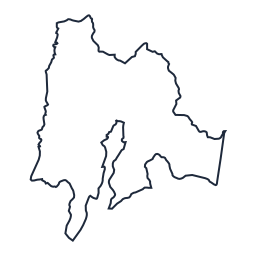 the border of Cundinamarca
{"feature_id": "COL-1398", "entity_name": "Cundinamarca", "entity_type": "Department", "adm_level": 1, "iso_a3": "COL", "parent_name": "Colombia", "parent_adm1": "", "projection": "orthographic", "projection_center": [-74.139, 4.765], "detail": "fine", "context": "isolated", "style": "outline", "palette": "slate", "viewbox_px": 256, "rotation_deg": 0, "n_neighbors": 0, "source": "natural_earth", "source_scale": "10m", "svg_char_len": 5364}
<svg xmlns="http://www.w3.org/2000/svg" viewBox="0 0 256 256"><path d="M72.8,240.6L68.9,237.8L65.4,233.4L66.7,225.6L69.5,220.5L70.5,217.9L70.9,215.9L70.9,214.6L68.8,210.9L70.0,206.8L69.3,205.0L69.5,203.7L70.0,202.4L70.6,201.0L72.1,199.6L72.6,199.1L74.0,197.5L74.2,195.1L73.6,192.4L73.4,191.2L72.7,189.6L72.0,188.6L69.6,183.5L67.7,182.0L66.9,181.2L66.3,180.6L65.3,180.1L64.6,180.1L63.5,180.3L60.7,181.4L59.8,181.9L59.2,182.6L58.7,184.2L58.3,184.8L57.8,185.3L56.9,186.4L56.3,186.8L55.8,187.0L55.2,186.6L54.5,186.5L53.4,186.7L52.2,186.5L51.0,186.0L47.6,182.9L45.8,183.5L45.1,181.9L44.7,181.6L42.2,180.3L42.1,179.1L39.5,179.5L37.2,179.7L34.1,180.5L31.9,180.6L30.7,179.5L31.2,176.3L38.7,159.7L39.8,155.6L39.9,151.4L38.5,146.8L40.0,146.4L39.8,145.8L38.5,144.7L39.2,143.3L41.0,141.2L41.4,140.0L41.1,139.2L40.5,138.9L39.8,138.7L39.2,138.1L39.1,137.3L39.2,136.7L39.3,136.3L39.3,136.0L37.8,133.7L37.5,132.5L38.2,131.2L39.3,130.5L40.7,130.1L41.8,129.5L42.2,128.3L42.5,127.2L43.9,125.7L44.4,124.3L43.6,119.2L43.5,117.6L43.8,116.2L44.5,115.2L45.8,114.8L45.3,113.9L45.4,113.1L45.7,112.3L45.8,111.2L44.5,107.6L44.4,106.8L45.1,106.3L47.4,105.2L48.0,104.6L47.7,103.9L46.2,101.4L45.8,100.3L45.9,98.1L47.3,91.6L46.6,74.4L45.9,72.2L45.7,71.0L46.2,70.4L46.8,70.1L48.4,68.5L48.8,68.0L49.2,65.9L51.2,62.3L52.0,59.5L52.8,58.8L53.5,58.3L53.9,57.7L53.4,55.4L53.7,54.7L55.3,54.4L54.7,52.8L54.4,50.8L54.6,48.8L55.3,47.2L53.9,46.8L53.2,45.8L53.5,44.7L54.9,44.3L56.7,44.0L57.4,43.3L56.9,42.6L55.3,42.1L57.1,37.5L57.7,34.7L57.1,33.4L56.2,33.0L56.4,32.1L57.1,31.0L57.7,29.6L58.1,29.0L58.3,28.5L57.5,28.1L57.2,27.7L56.9,27.2L56.8,26.8L56.8,23.2L58.5,22.4L64.2,21.4L66.7,20.3L68.0,19.3L68.7,19.2L70.5,19.5L72.1,20.2L73.6,20.6L78.5,21.6L81.1,20.9L82.1,20.1L83.6,19.1L86.8,16.4L88.3,15.4L89.2,15.4L89.9,16.1L90.2,16.8L90.4,17.3L90.6,17.8L90.9,18.2L91.3,18.5L91.8,18.6L92.0,18.9L92.1,19.3L91.9,19.9L91.9,20.9L92.1,21.9L92.9,23.0L93.1,23.8L93.2,25.1L93.1,27.0L93.6,28.6L94.4,29.7L94.6,30.7L94.3,32.0L93.3,33.2L92.0,35.6L91.8,36.9L91.9,37.9L93.4,40.9L97.9,45.3L98.7,47.4L98.7,48.1L98.5,50.1L98.6,51.0L99.3,51.7L100.6,51.6L103.0,51.7L106.4,53.6L108.3,54.6L109.5,55.0L114.7,54.7L114.6,56.9L115.7,58.5L116.8,59.5L118.5,60.4L120.1,60.6L125.0,63.3L131.9,57.0L134.9,56.2L135.7,53.9L135.7,51.9L141.6,45.9L143.9,43.8L144.9,43.4L145.9,43.2L146.4,43.2L147.1,43.8L147.1,49.2L152.6,51.8L154.8,51.3L157.2,53.6L158.9,54.2L160.2,54.2L161.0,54.0L161.6,54.1L161.8,55.1L162.9,57.3L167.3,61.3L168.3,62.0L168.4,63.0L169.1,64.0L168.5,65.3L168.0,66.9L168.0,68.0L168.4,69.5L168.9,70.7L171.7,72.9L173.5,74.4L174.0,75.0L175.6,77.9L175.3,80.7L176.0,83.5L178.7,88.0L179.0,89.2L178.5,90.8L178.8,93.0L180.5,96.1L180.2,97.5L176.1,100.5L176.4,104.0L173.2,110.2L173.2,111.6L175.5,114.9L184.2,115.1L187.3,116.0L188.2,116.7L189.8,119.2L191.4,121.0L192.2,122.2L191.7,123.8L191.9,124.5L196.0,126.0L198.1,129.7L198.7,130.8L199.5,131.7L200.8,131.9L202.7,131.3L203.7,131.2L204.7,131.3L205.7,131.6L206.7,132.4L207.1,135.4L207.8,137.2L210.2,137.3L214.5,139.0L218.9,138.7L220.3,137.9L221.1,137.1L221.4,136.3L222.7,134.1L223.0,133.5L223.0,132.9L222.9,132.4L223.1,131.8L223.7,131.2L225.3,131.1L224.2,133.0L220.7,158.2L217.2,181.2L216.9,183.7L216.4,184.8L215.7,185.1L214.0,184.4L211.3,182.5L210.0,181.8L209.5,181.4L208.9,180.1L207.6,179.1L205.2,178.2L192.2,175.0L185.6,175.7L182.8,177.9L181.1,178.6L179.4,178.9L177.9,178.6L176.7,178.0L175.1,177.4L173.9,176.7L173.0,175.9L172.5,175.2L172.4,173.9L170.1,168.8L169.5,165.9L169.4,164.5L169.0,163.5L167.5,161.5L166.2,160.1L165.0,157.9L164.1,157.4L163.1,157.2L161.6,157.2L160.5,156.3L160.1,155.6L159.3,154.8L158.2,154.2L157.1,153.9L155.8,154.2L154.8,155.2L153.2,157.6L152.6,159.0L150.2,160.3L147.6,161.5L146.9,162.0L145.8,163.5L145.1,164.5L144.9,166.8L146.3,168.2L147.6,174.0L147.3,175.9L147.4,177.0L147.6,178.1L149.2,179.8L150.1,181.5L150.1,183.0L150.3,184.2L151.3,187.8L148.3,187.8L147.1,187.6L144.7,187.6L143.7,188.3L142.8,189.2L135.6,192.4L133.6,192.8L131.3,194.1L130.3,196.2L129.3,197.4L127.5,197.9L126.0,198.0L124.5,198.3L122.7,199.2L121.0,201.1L117.1,203.6L112.0,208.7L108.7,208.5L110.7,203.2L111.0,199.9L111.4,199.0L112.1,198.3L113.2,197.6L114.1,196.7L115.0,195.2L115.1,194.2L114.1,191.9L112.9,190.0L110.3,187.0L108.9,182.8L108.9,181.2L109.3,179.8L113.7,172.9L114.2,169.7L113.8,168.9L112.8,166.3L112.8,163.6L113.2,162.2L113.8,161.1L115.7,159.7L117.0,157.4L118.2,155.6L121.4,150.5L122.0,149.9L123.6,149.1L125.6,142.1L123.6,142.3L122.0,141.0L121.8,140.2L121.9,139.4L122.3,138.8L123.4,138.0L123.6,136.9L123.4,135.9L123.1,127.3L123.3,125.3L123.9,122.7L120.9,121.4L119.0,121.1L118.0,121.2L116.5,120.5L116.1,120.8L116.3,121.3L116.5,121.7L116.4,122.9L116.1,123.6L115.5,124.5L114.1,125.2L113.3,126.0L111.2,131.1L110.9,131.7L109.1,132.1L108.5,133.7L106.6,135.0L106.7,135.9L106.7,136.3L106.6,136.7L106.8,136.8L107.2,136.7L107.7,136.7L108.0,137.0L108.0,137.5L107.5,138.4L106.9,139.0L104.1,140.3L101.3,142.5L102.6,144.9L103.2,145.5L103.8,145.8L104.5,146.4L105.1,147.5L106.3,151.9L106.1,156.1L102.2,166.9L104.4,166.7L104.8,167.4L104.8,169.2L103.6,173.1L102.7,178.7L102.7,180.4L102.4,182.0L101.8,183.7L100.6,185.9L98.5,188.4L98.6,193.0L97.3,197.6L96.9,198.5L96.2,198.8L93.6,198.0L92.5,197.4L90.3,195.8L89.4,196.5L88.9,197.3L85.7,205.7L85.8,207.9L85.8,209.0L85.9,210.6L86.7,212.7L86.8,213.8L86.8,215.1L86.5,216.8L85.9,218.9L83.2,225.0L80.5,229.9L72.8,240.6Z" fill="none" stroke="#1e293b" stroke-width="2"/></svg>